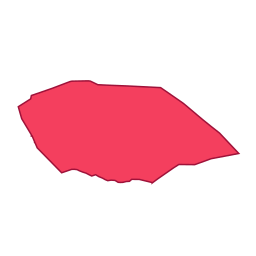 the district of San Francisco Jaltepetongo, Oaxaca, Mexico, rotated 256°
{"feature_id": "50627088B40383448618383", "entity_name": "San Francisco Jaltepetongo", "entity_type": "district", "adm_level": 2, "iso_a3": "MEX", "parent_name": "Mexico", "parent_adm1": "Oaxaca", "projection": "mercator", "projection_center": [-97.278, 17.342], "detail": "fine", "context": "isolated", "style": "filled", "palette": "rose", "viewbox_px": 256, "rotation_deg": 256, "n_neighbors": 0, "source": "geoboundaries", "source_scale": "gbopen_adm2", "svg_char_len": 865}
<svg xmlns="http://www.w3.org/2000/svg" viewBox="0 0 256 256"><g transform="rotate(256 128 128)"><path d="M175.2,26.7L162.8,27.1L144.8,32.6L143.6,32.3L143.6,32.5L143.6,33.0L143.3,33.1L136.8,34.1L136.7,33.9L135.2,34.4L130.7,35.1L100.6,52.8L101.5,63.3L100.9,66.0L99.9,68.6L98.4,70.3L96.1,73.5L94.4,76.3L92.1,78.9L90.2,81.2L90.5,85.3L87.9,87.9L85.5,91.2L83.5,93.3L81.8,95.6L81.5,99.0L80.3,102.7L77.7,105.3L77.0,107.5L76.5,109.9L76.5,113.4L75.9,116.5L77.3,119.2L75.4,126.5L69.1,138.5L68.9,138.4L71.6,144.9L78.4,162.8L80.3,168.5L76.3,183.9L78.1,201.2L76.5,229.3L100.9,215.6L110.2,208.4L117.5,202.9L123.8,198.3L131.6,192.7L138.2,187.9L142.6,184.1L159.3,169.4L168.8,138.0L174.7,117.8L177.3,109.2L182.6,102.8L183.2,101.3L183.9,98.5L187.0,84.9L187.1,83.3L186.6,78.8L184.8,63.8L182.9,42.1L179.8,40.6L175.2,26.7Z" fill="#f43f5e" stroke="#9f1239" stroke-width="1.5"/></g></svg>